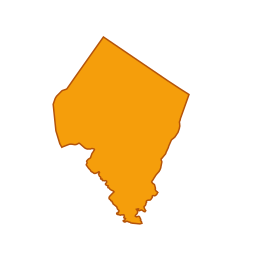 the Province of Homs (Hims), rotated 248°
{"feature_id": "SYR-139", "entity_name": "Homs (Hims)", "entity_type": "Province", "adm_level": 1, "iso_a3": "SYR", "parent_name": "Syria", "parent_adm1": "", "projection": "equal_earth", "projection_center": [37.187, 34.261], "detail": "fine", "context": "isolated", "style": "filled", "palette": "amber", "viewbox_px": 256, "rotation_deg": 248, "n_neighbors": 0, "source": "natural_earth", "source_scale": "10m", "svg_char_len": 4703}
<svg xmlns="http://www.w3.org/2000/svg" viewBox="0 0 256 256"><g transform="rotate(248 128 128)"><path d="M47.3,105.7L46.2,105.3L45.2,104.3L44.2,102.2L43.5,101.7L42.5,102.4L42.4,102.9L42.3,104.1L42.2,104.7L41.8,105.2L41.3,105.4L38.5,105.6L38.2,105.4L37.7,105.0L37.5,104.9L37.2,105.0L36.6,105.3L36.4,105.4L34.4,105.2L34.5,104.6L34.6,103.4L34.7,103.0L37.9,96.8L38.9,95.2L39.1,95.0L39.5,94.9L39.8,94.6L40.5,93.6L41.7,92.4L41.9,92.2L42.0,92.0L42.0,91.9L42.0,91.5L41.9,90.9L41.9,90.7L41.9,90.4L42.0,89.9L42.2,89.5L42.3,89.3L42.5,89.2L42.9,89.0L43.7,88.7L44.0,89.3L43.9,89.5L43.6,90.0L43.5,90.3L43.8,90.4L44.0,90.5L44.6,91.4L44.8,91.7L45.0,91.8L45.1,91.7L45.3,91.6L45.8,90.8L45.9,90.7L46.1,90.6L46.6,90.6L46.9,90.8L47.2,91.4L48.6,91.7L48.8,91.7L49.0,91.6L49.1,91.4L49.4,91.0L49.5,90.9L49.5,90.7L49.5,90.2L49.7,89.8L49.9,89.5L50.0,89.3L50.0,89.1L50.0,88.7L50.0,88.3L51.1,86.9L51.5,86.2L51.9,85.7L52.0,85.6L52.5,85.4L52.8,85.4L53.0,85.5L53.3,85.8L53.4,86.0L53.3,86.3L53.2,86.5L53.0,86.8L53.0,87.0L53.1,87.3L53.5,87.3L53.8,87.5L53.9,88.1L54.0,88.2L54.2,88.4L54.6,88.6L54.8,88.6L55.0,88.6L55.3,88.5L55.9,88.2L56.9,87.9L59.2,88.0L62.8,86.0L63.2,85.8L63.3,85.9L63.6,85.9L64.0,85.8L64.4,85.7L64.4,85.8L64.6,85.8L66.0,85.7L66.8,85.0L67.1,84.8L67.4,84.8L67.8,84.8L68.0,84.8L68.2,84.7L68.9,84.2L69.2,84.1L69.5,84.0L69.9,84.1L70.5,84.3L71.2,84.9L71.4,85.2L71.5,85.3L72.9,88.4L74.0,91.1L75.0,90.8L75.2,90.6L77.5,88.6L77.8,88.4L78.2,88.3L79.0,88.2L79.4,88.0L79.9,87.3L80.0,87.2L80.4,87.1L80.5,87.1L80.9,87.3L81.1,87.4L81.2,87.5L81.5,87.7L81.9,87.9L82.0,87.9L82.1,87.4L82.3,87.2L82.6,86.9L83.6,86.2L83.9,86.0L84.1,86.0L84.3,86.1L84.6,86.2L84.8,86.4L84.9,86.6L85.0,86.6L85.2,87.2L85.3,87.5L85.5,87.7L85.7,87.9L86.1,88.1L86.6,88.2L86.8,88.2L87.2,87.9L87.5,87.7L87.6,87.3L87.8,86.5L87.9,86.4L88.0,86.2L88.3,85.9L88.4,85.7L88.5,85.2L88.7,84.8L88.8,84.7L89.0,84.7L89.6,84.6L90.3,84.8L90.5,84.7L90.6,84.3L90.6,84.1L90.9,83.8L91.0,83.6L91.3,83.6L91.8,84.0L92.2,84.1L92.6,84.2L92.9,84.1L93.2,84.0L93.6,83.6L93.8,83.5L94.0,83.5L94.8,83.4L95.1,83.4L95.4,83.5L96.0,83.4L96.2,83.5L96.4,83.5L96.5,83.6L97.0,84.5L97.2,84.8L97.4,84.9L97.8,84.9L98.0,84.9L98.3,84.7L98.4,84.4L98.4,84.2L98.3,83.9L98.1,83.2L98.1,82.9L98.1,81.3L98.2,80.5L98.3,80.3L98.5,79.8L98.5,79.7L99.0,79.3L99.9,78.8L101.3,77.7L101.7,77.5L101.9,77.4L102.3,77.4L102.5,77.4L103.1,77.3L105.3,76.4L109.1,75.5L109.4,75.5L109.5,75.5L109.8,75.7L110.1,76.0L110.6,76.7L110.8,76.9L111.0,77.0L111.4,77.1L112.3,77.1L112.5,77.1L112.8,77.3L113.1,77.7L113.2,77.9L113.3,78.1L113.4,78.4L113.4,78.5L113.5,78.6L113.7,78.9L113.8,79.1L114.0,79.9L114.1,80.3L114.2,80.9L114.3,81.7L114.3,81.8L114.5,82.1L114.9,82.5L115.2,82.7L117.8,85.0L118.1,85.4L118.5,86.1L120.3,88.6L120.5,88.8L120.8,88.8L121.2,88.7L121.3,88.6L122.1,87.6L122.2,87.3L122.3,87.1L122.4,86.8L122.5,86.7L122.6,86.4L122.6,86.1L122.6,85.9L122.6,85.2L122.9,84.6L123.1,84.0L123.1,83.9L123.4,83.5L123.5,83.3L123.5,83.2L123.6,82.7L123.8,82.3L125.0,81.0L125.8,80.4L131.8,77.4L132.1,77.1L132.3,76.8L132.1,74.8L132.1,74.3L132.1,73.8L132.2,73.3L132.4,72.6L132.6,72.2L133.7,70.4L134.2,69.5L134.7,68.3L134.9,67.3L135.0,60.5L134.9,59.4L139.0,58.9L152.4,60.1L178.0,67.5L182.7,71.6L184.2,73.6L187.1,80.3L187.3,80.9L187.3,81.5L187.1,85.0L187.1,85.6L187.3,86.2L187.5,86.5L195.2,98.3L221.6,139.3L157.3,182.3L146.0,190.1L136.2,197.1L117.2,180.2L115.8,179.3L114.7,178.2L114.4,178.0L113.9,177.8L113.8,177.7L113.0,177.6L112.5,177.4L110.8,176.9L110.1,176.6L109.6,176.2L108.3,175.4L105.2,172.7L102.0,168.0L101.8,167.2L101.6,166.8L101.3,165.9L101.3,165.7L101.2,165.3L100.8,164.2L100.5,163.6L96.0,159.0L95.5,158.6L94.8,158.1L91.0,154.0L90.3,153.5L90.0,153.2L87.6,148.8L87.4,148.5L87.1,147.7L87.1,147.4L86.7,147.1L85.8,146.7L84.9,146.8L84.4,146.8L84.2,146.8L83.7,146.6L79.3,143.7L79.2,143.7L78.9,143.5L78.4,143.1L76.8,141.5L76.6,141.1L76.5,140.9L76.1,140.6L76.0,140.3L75.9,140.2L75.4,139.1L75.0,138.4L74.7,137.7L74.0,136.5L73.7,135.9L73.4,135.5L72.6,134.5L71.9,133.4L71.3,132.7L70.3,131.3L70.1,131.0L70.1,130.9L69.5,130.0L69.2,129.8L68.7,129.8L67.3,130.3L65.7,131.3L65.2,131.3L61.9,130.9L61.1,130.3L60.8,130.3L59.8,130.3L59.0,130.5L57.9,131.2L57.0,131.5L56.7,130.9L55.6,129.7L55.3,128.8L55.1,127.6L55.4,126.8L55.9,126.2L56.0,125.4L55.7,124.9L55.4,124.8L55.1,124.8L54.8,124.7L54.3,124.1L53.3,122.6L53.1,122.1L52.9,121.6L53.0,121.1L53.1,120.8L53.3,120.5L53.4,120.1L53.6,119.1L53.6,118.4L53.4,117.8L52.7,117.3L52.3,117.4L52.0,117.2L51.3,116.2L50.5,115.9L49.9,115.3L49.5,114.5L49.2,113.5L48.5,113.2L47.3,113.1L45.9,113.2L44.9,113.5L44.7,113.5L44.0,112.3L44.7,111.4L46.0,110.6L46.9,109.9L47.1,108.9L47.0,108.0L47.1,107.3L47.8,106.8L48.5,107.0L49.0,107.5L49.3,107.2L49.5,105.3L48.4,105.6L47.3,105.7Z" fill="#f59e0b" stroke="#b45309" stroke-width="1.5"/></g></svg>